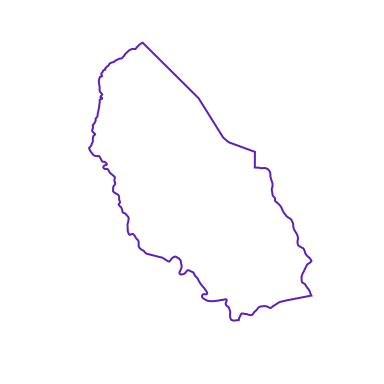 Aguanqueterique, La Paz, Honduras (Mercator projection), rotated 326°
{"feature_id": "27666195B50891803381013", "entity_name": "Aguanqueterique", "entity_type": "district", "adm_level": 2, "iso_a3": "HND", "parent_name": "Honduras", "parent_adm1": "La Paz", "projection": "mercator", "projection_center": [-87.66, 13.981], "detail": "fine", "context": "isolated", "style": "outline", "palette": "violet", "viewbox_px": 384, "rotation_deg": 326, "n_neighbors": 0, "source": "geoboundaries", "source_scale": "gbopen_adm2", "svg_char_len": 6018}
<svg xmlns="http://www.w3.org/2000/svg" viewBox="0 0 384 384"><g transform="rotate(326 192 192)"><path d="M131.3,98.0L130.8,99.6L130.6,101.4L130.9,106.0L131.3,107.1L132.0,108.0L132.8,108.8L134.8,110.0L135.1,110.3L135.0,113.2L134.7,115.2L134.6,116.1L134.8,116.7L135.1,117.1L135.6,117.5L136.2,117.9L136.5,118.2L136.7,118.8L136.9,119.5L137.0,121.1L136.9,121.3L136.8,121.5L136.5,121.6L136.3,121.7L135.4,121.4L134.3,121.1L133.9,121.1L133.4,121.2L132.9,121.3L132.5,121.7L132.2,122.1L132.1,122.7L132.2,123.3L132.6,124.1L133.2,124.7L133.9,125.0L134.3,125.3L134.7,125.7L134.9,126.3L135.0,127.0L134.8,128.3L134.7,130.3L136.2,135.5L136.3,136.6L136.2,136.9L134.5,138.5L134.0,139.2L133.8,139.6L133.4,141.5L133.0,142.1L132.2,142.7L130.3,143.3L129.5,143.8L129.0,144.5L127.6,146.3L127.2,146.9L127.0,147.3L127.0,148.0L127.2,148.7L129.1,152.8L129.2,153.6L129.2,154.3L129.1,154.9L127.4,157.4L127.1,158.5L126.9,159.5L126.6,160.2L126.4,160.4L126.0,160.6L124.4,161.2L124.2,161.3L124.2,161.5L124.2,163.5L124.6,164.7L124.6,165.9L123.9,168.3L123.3,169.6L123.2,170.4L123.4,170.9L124.2,171.8L124.5,172.2L124.6,172.5L124.8,173.7L125.2,177.2L125.2,177.6L124.8,178.4L123.7,179.6L122.6,180.9L120.7,182.5L120.1,183.2L119.4,184.5L118.0,186.7L116.8,188.6L116.1,191.5L116.2,192.3L116.3,192.6L116.5,192.8L119.1,193.3L119.5,193.8L119.8,194.4L119.9,195.0L120.0,195.8L120.0,196.6L119.8,198.5L119.9,199.8L120.2,201.3L120.1,202.5L119.9,203.3L119.5,204.2L118.2,205.9L117.7,206.7L117.4,207.3L117.3,208.1L117.3,209.9L117.7,211.0L118.4,212.4L119.0,213.7L119.1,214.5L119.2,215.4L119.3,215.9L119.6,217.1L120.1,218.1L120.7,218.7L123.7,222.1L125.2,223.7L126.8,225.6L130.5,229.6L131.4,231.4L133.0,235.2L133.4,236.0L133.9,236.7L134.1,236.8L134.3,236.9L135.2,236.8L138.1,235.8L138.9,235.7L140.3,235.7L141.5,236.0L142.1,236.3L142.5,236.7L143.2,238.2L144.0,240.0L144.2,241.3L144.2,242.6L142.8,245.7L142.5,246.8L142.3,247.2L141.3,248.5L139.9,249.7L139.2,250.1L136.5,251.7L136.3,252.1L136.1,253.0L136.2,253.7L136.3,253.9L136.6,254.1L138.2,255.0L139.3,255.4L140.0,255.4L140.8,255.4L144.1,254.4L144.6,254.4L145.0,254.5L145.6,255.2L146.4,256.7L147.8,258.8L148.0,259.4L148.1,260.4L147.7,262.9L148.2,266.3L148.3,267.5L147.9,269.6L147.8,271.8L147.8,273.3L148.0,276.0L148.4,278.6L148.4,282.7L148.3,283.6L148.1,284.2L147.9,284.6L147.4,284.8L146.9,284.9L146.4,284.7L145.4,283.8L144.4,283.1L143.8,283.0L143.1,283.2L142.4,283.6L141.8,284.3L141.6,285.1L141.7,286.0L142.0,286.9L142.6,288.2L143.9,290.5L144.7,291.5L146.0,292.6L147.6,293.8L149.3,294.8L153.2,296.8L155.3,297.6L156.9,298.5L159.9,299.7L160.3,300.0L160.5,300.4L160.4,300.8L160.1,301.3L159.2,302.1L157.7,303.1L157.4,303.5L157.2,303.9L157.1,304.6L157.0,305.3L157.9,307.9L157.9,308.3L157.8,309.0L157.0,311.7L156.7,312.7L156.3,313.3L155.3,314.5L154.3,316.0L153.7,317.1L153.3,317.9L153.2,318.4L153.1,319.1L153.1,319.9L153.3,320.4L153.8,321.1L154.9,322.1L158.5,323.9L159.1,324.4L160.8,322.7L163.1,321.5L163.9,320.9L164.7,320.6L165.2,320.5L166.1,321.1L167.8,322.8L168.9,323.6L169.6,324.5L169.8,324.9L170.7,325.9L171.8,327.0L173.2,327.5L173.9,327.4L175.0,326.9L176.3,326.4L177.3,326.2L178.2,326.2L180.3,325.7L182.5,324.9L184.5,325.1L186.8,326.3L188.4,327.2L189.8,328.4L190.6,329.5L191.9,331.8L192.6,332.2L194.1,332.2L195.1,331.9L196.0,331.9L197.0,332.1L201.8,332.1L202.7,332.2L204.0,332.5L206.9,333.7L209.0,334.4L233.0,344.6L233.0,344.3L233.0,343.9L233.9,340.7L234.1,339.6L234.2,338.6L234.0,334.0L234.1,331.4L233.8,330.8L233.4,330.0L233.0,329.2L232.9,328.7L232.8,328.2L233.1,327.3L235.0,324.0L236.5,322.6L238.0,321.5L238.8,321.1L240.1,320.5L242.0,319.3L244.4,318.0L246.3,316.8L246.8,316.6L247.3,316.5L248.4,316.5L250.0,316.6L251.3,316.4L252.3,316.1L252.5,315.9L252.6,315.6L252.7,315.3L252.6,312.7L251.7,309.2L251.6,307.2L251.7,305.9L252.5,303.6L252.6,302.7L252.8,301.8L252.8,301.3L252.6,300.7L250.6,296.9L250.3,296.0L250.3,295.3L250.6,294.2L251.3,292.8L252.1,291.6L253.3,290.5L253.8,289.9L254.4,288.9L254.9,287.6L255.4,285.7L255.6,280.5L255.9,279.1L256.4,277.8L257.7,275.5L258.2,274.5L258.5,272.8L258.8,270.6L258.8,270.0L258.6,269.3L257.8,267.4L257.2,266.2L256.9,265.1L256.6,261.1L256.6,259.8L256.7,258.4L257.5,254.4L257.5,253.4L257.3,251.7L256.9,249.4L255.9,246.3L255.9,246.0L256.0,245.6L257.1,244.1L257.3,243.7L257.3,243.0L257.1,241.6L257.0,240.3L257.0,239.8L257.2,239.4L257.4,239.0L257.7,238.5L259.1,235.3L259.7,234.3L260.4,233.5L261.5,232.7L262.3,231.9L263.8,229.3L263.9,228.8L264.2,227.4L265.5,223.4L265.9,222.5L266.6,221.6L267.1,220.7L267.6,219.7L267.8,218.6L267.9,217.0L267.8,216.2L267.4,215.1L266.7,213.9L266.0,213.0L265.3,212.5L262.8,211.1L261.8,210.0L260.4,208.8L257.8,206.8L266.6,193.9L250.4,171.5L248.3,164.5L249.9,117.9L234.6,40.7L232.8,40.4L230.5,40.5L228.4,40.9L225.1,41.8L224.2,41.2L223.0,40.3L222.3,40.0L220.7,39.6L219.0,39.4L217.4,39.7L213.5,40.3L213.2,40.4L212.8,40.8L212.0,41.1L210.3,41.5L209.2,41.8L208.6,41.9L208.0,41.8L206.5,40.9L206.1,40.7L205.0,40.8L203.6,40.4L202.2,40.3L201.5,40.3L200.7,40.5L200.4,40.5L197.7,39.8L197.2,39.6L195.7,39.5L195.2,39.6L194.4,39.9L193.4,40.5L191.9,40.4L190.3,40.9L189.6,40.9L189.2,41.0L188.4,42.0L186.8,41.6L186.5,41.6L186.1,41.8L185.3,42.3L182.8,43.3L182.6,43.5L182.4,45.3L182.3,45.6L181.4,45.6L180.3,45.2L180.0,45.1L177.4,47.2L177.0,47.7L176.6,48.3L174.9,51.5L174.2,53.2L172.5,55.6L172.0,56.8L171.8,57.4L171.8,57.9L172.2,60.8L171.3,61.3L170.0,61.6L169.5,61.9L169.2,62.2L169.3,62.5L169.7,63.0L170.0,63.6L170.0,63.9L169.8,64.1L169.5,64.4L169.1,64.4L168.3,64.2L167.7,63.8L167.4,63.8L167.1,64.0L166.4,64.8L165.7,66.0L163.7,68.2L163.1,69.0L160.9,71.2L159.5,72.6L157.4,74.6L156.4,75.9L155.7,76.5L155.1,76.9L154.0,77.0L153.2,77.3L152.6,78.0L152.2,78.8L151.9,79.0L149.6,80.4L148.9,80.7L148.2,80.7L147.8,80.8L147.1,81.1L146.6,82.2L145.5,83.6L145.1,84.0L144.0,84.7L143.4,85.6L143.4,86.1L143.4,86.7L143.7,88.1L144.0,89.5L144.0,89.9L143.9,90.1L143.5,90.2L142.2,90.3L141.6,90.5L141.1,90.8L140.5,91.4L139.6,92.3L138.5,94.0L137.9,94.8L137.6,95.1L136.9,95.4L136.2,95.8L135.4,96.3L134.6,97.1L134.2,97.3L132.5,97.7L131.5,98.0L131.3,98.0Z" fill="none" stroke="#5b21b6" stroke-width="2"/></g></svg>